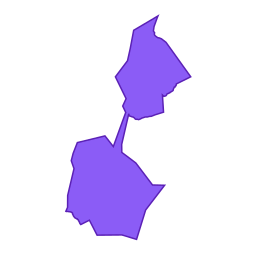 Yeso'nbulag, Govi-Altay, Mongolia, rotated 269°
{"feature_id": "93677404B66011642524046", "entity_name": "Yeso'nbulag", "entity_type": "district", "adm_level": 2, "iso_a3": "MNG", "parent_name": "Mongolia", "parent_adm1": "Govi-Altay", "projection": "mercator", "projection_center": [96.329, 46.208], "detail": "fine", "context": "isolated", "style": "filled", "palette": "violet", "viewbox_px": 256, "rotation_deg": 269, "n_neighbors": 0, "source": "geoboundaries", "source_scale": "gbopen_adm2", "svg_char_len": 1963}
<svg xmlns="http://www.w3.org/2000/svg" viewBox="0 0 256 256"><g transform="rotate(269 128 128)"><path d="M239.5,159.9L225.6,135.4L207.3,131.6L195.3,128.7L179.4,116.3L157.4,126.6L150.0,123.1L143.6,126.0L109.7,113.0L120.5,104.8L114.3,77.1L103.6,72.7L96.3,70.7L88.3,73.3L61.6,66.5L49.7,66.2L45.8,64.4L45.6,64.8L45.6,65.5L45.6,66.4L45.3,67.6L45.3,68.1L45.2,68.5L45.2,69.0L45.1,69.4L44.9,69.5L44.8,69.8L44.7,69.9L44.7,70.0L44.5,70.5L44.3,70.7L44.1,70.7L43.9,71.0L43.4,71.1L43.1,71.1L42.8,71.1L42.6,71.3L42.0,71.6L41.6,71.7L41.0,71.9L40.7,72.2L40.0,72.6L38.9,73.6L38.9,73.8L38.7,74.1L38.6,74.3L38.4,74.6L38.3,74.8L38.2,74.9L38.1,75.1L38.1,75.4L37.9,75.5L37.9,75.8L37.6,75.9L37.6,76.0L37.3,76.4L37.1,76.6L36.8,76.7L36.5,76.8L36.4,76.8L36.1,76.9L36.0,77.0L35.6,77.4L35.5,77.5L35.2,77.5L34.8,77.7L34.6,77.8L33.7,78.1L33.0,78.5L32.3,79.1L36.5,87.8L21.4,95.2L21.2,120.0L16.5,134.6L45.7,144.2L70.1,163.6L70.6,151.5L92.9,135.2L103.7,121.4L111.7,121.4L142.2,129.0L140.7,129.3L140.1,129.6L139.9,130.0L139.5,131.3L139.1,132.2L138.8,133.4L138.0,134.5L137.2,135.1L136.7,135.6L136.5,136.3L136.6,136.8L136.6,137.4L136.4,138.0L136.2,138.5L136.2,138.9L136.8,140.5L137.7,142.2L138.1,143.6L138.7,145.4L138.7,147.6L139.2,149.6L139.3,151.5L140.3,154.2L140.6,154.9L143.2,163.8L160.4,163.0L159.0,164.5L159.2,165.1L159.3,165.4L159.4,166.1L159.7,166.6L160.6,167.3L161.2,167.5L161.6,168.0L161.7,168.4L161.9,169.2L162.0,169.5L162.3,169.7L162.4,169.8L162.5,170.1L162.6,170.6L163.0,170.8L163.2,171.4L163.7,172.2L164.3,173.2L164.7,173.7L165.2,173.9L166.0,174.0L166.6,174.3L167.3,174.7L168.0,174.9L168.1,175.3L168.1,175.6L168.4,175.6L168.6,175.8L168.8,175.9L169.1,176.4L169.2,176.5L169.6,176.5L169.9,176.9L170.4,177.0L170.9,177.0L171.2,177.1L171.4,177.5L178.1,191.6L213.0,167.5L216.6,163.0L217.5,160.9L217.8,159.3L219.3,157.3L220.2,156.4L220.9,156.1L221.7,156.0L222.7,156.3L224.5,155.1L228.9,155.8L237.9,159.2L239.5,159.9L239.5,159.9Z" fill="#8b5cf6" stroke="#5b21b6" stroke-width="1.5"/></g></svg>